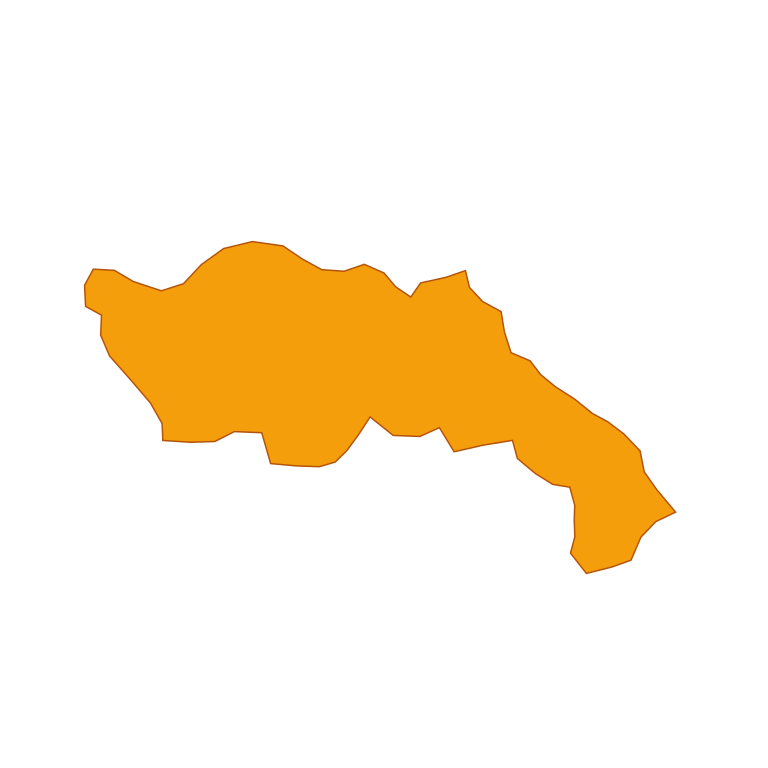 Ferraz de Vasconcelos, São Paulo, Brazil (orthographic projection), rotated 285°
{"feature_id": "56859067B93049901488848", "entity_name": "Ferraz de Vasconcelos", "entity_type": "district", "adm_level": 2, "iso_a3": "BRA", "parent_name": "Brazil", "parent_adm1": "São Paulo", "projection": "orthographic", "projection_center": [-46.375, -23.565], "detail": "fine", "context": "isolated", "style": "filled", "palette": "amber", "viewbox_px": 768, "rotation_deg": 285, "n_neighbors": 0, "source": "geoboundaries", "source_scale": "gbopen_adm2", "svg_char_len": 1064}
<svg xmlns="http://www.w3.org/2000/svg" viewBox="0 0 768 768"><g transform="rotate(285 384 384)"><path d="M419.7,73.5L401.9,69.2L381.7,75.7L377.4,93.3L357.8,97.7L340.0,111.7L322.8,137.7L305.2,163.3L288.4,179.9L272.2,185.0L277.8,212.8L284.7,235.5L299.3,251.8L305.3,278.5L277.8,295.1L282.1,320.0L287.4,343.0L296.0,357.1L310.2,365.4L328.7,372.6L348.6,379.1L336.7,406.2L342.6,432.2L356.2,448.8L336.7,469.3L350.3,495.0L362.8,522.7L346.6,532.1L336.7,553.4L330.7,572.9L332.4,590.2L316.2,599.6L301.0,603.2L285.8,607.9L268.9,607.9L253.4,628.5L266.3,651.6L277.8,668.2L302.6,671.8L321.5,682.2L335.7,698.8L352.6,674.7L366.5,658.1L385.6,648.7L397.9,628.5L405.5,609.7L409.4,593.1L418.7,572.2L425.6,550.5L433.6,532.9L444.2,519.1L447.1,498.6L465.7,486.7L484.2,478.4L489.2,457.8L499.4,441.6L514.6,433.3L503.1,416.3L491.1,393.2L474.9,387.4L480.9,370.1L491.2,355.3L494.5,334.0L482.6,316.3L478.3,294.3L483.6,272.7L491.2,250.7L487.5,220.0L473.3,194.0L452.1,176.7L429.0,164.4L416.4,144.9L418.1,115.3L424.0,94.1L419.7,73.5Z" fill="#f59e0b" stroke="#b45309" stroke-width="1.5"/></g></svg>